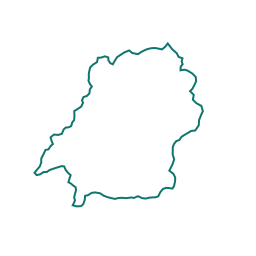 outline of Bonito de Santa Fé, Paraíba, Brazil, rotated 205°
{"feature_id": "56859067B84735993458743", "entity_name": "Bonito de Santa Fé", "entity_type": "district", "adm_level": 2, "iso_a3": "BRA", "parent_name": "Brazil", "parent_adm1": "Paraíba", "projection": "robinson", "projection_center": [-38.472, -7.289], "detail": "fine", "context": "isolated", "style": "outline", "palette": "teal", "viewbox_px": 256, "rotation_deg": 205, "n_neighbors": 0, "source": "geoboundaries", "source_scale": "gbopen_adm2", "svg_char_len": 1920}
<svg xmlns="http://www.w3.org/2000/svg" viewBox="0 0 256 256"><g transform="rotate(205 128 128)"><path d="M67.2,174.8L70.8,179.0L76.6,179.4L81.2,181.1L82.4,185.8L87.3,187.6L86.2,190.7L86.0,195.0L86.0,199.1L88.1,202.8L92.5,204.5L95.7,204.9L98.3,205.2L101.4,204.7L104.8,202.5L106.2,206.0L105.4,208.8L107.5,211.1L108.1,214.2L112.1,213.8L115.5,216.4L121.3,218.1L127.7,221.4L128.7,217.2L130.4,213.6L134.4,212.7L137.4,211.9L141.2,209.8L144.6,206.9L148.1,202.6L150.2,199.1L155.7,197.8L159.7,198.8L163.3,194.9L167.8,187.7L168.4,183.3L168.7,179.3L171.5,179.3L174.4,181.1L175.7,183.6L179.2,183.2L182.3,180.3L185.0,178.9L183.9,174.6L186.3,171.0L187.9,167.0L187.2,163.5L186.3,160.2L184.7,157.1L183.8,154.2L181.4,152.0L178.3,150.3L178.9,146.9L177.6,143.0L178.9,139.5L181.4,137.3L181.4,133.7L179.4,131.9L179.5,127.5L181.4,124.4L183.9,120.6L181.7,116.5L180.2,112.4L180.9,109.3L180.3,105.7L182.1,103.5L184.6,102.1L185.7,99.5L185.5,94.8L188.2,92.3L192.4,90.7L194.2,86.8L191.8,84.0L189.3,81.7L190.6,78.8L191.0,75.1L193.5,73.2L193.5,69.0L193.7,63.7L192.0,59.9L191.7,55.8L192.7,52.2L193.8,48.0L190.9,46.7L188.0,48.9L186.0,52.3L183.0,53.8L181.3,56.8L178.4,59.6L174.6,63.1L172.2,65.3L169.6,66.2L166.7,63.6L163.3,62.0L160.1,61.1L159.6,57.2L159.1,53.7L156.2,53.5L153.4,52.7L150.5,52.2L148.9,49.9L148.2,45.9L147.5,42.4L145.4,39.8L145.4,34.6L141.6,35.2L137.6,37.3L136.4,39.9L136.8,44.4L138.2,48.4L135.9,50.2L133.5,53.9L130.6,55.7L125.9,57.0L121.5,56.4L117.6,56.6L113.2,57.5L109.9,58.2L107.1,60.5L104.0,62.2L100.1,63.6L95.7,66.4L93.0,67.2L90.1,70.4L85.6,70.4L82.2,71.5L79.0,74.0L76.4,75.5L73.8,76.8L71.7,78.9L71.6,83.4L70.7,87.3L68.5,89.6L66.1,90.7L62.1,91.9L61.8,95.1L62.8,99.6L64.3,103.1L67.6,105.7L72.5,106.8L72.3,113.6L72.9,119.1L76.4,123.0L78.0,126.8L79.4,129.7L79.5,133.3L78.7,136.6L76.4,138.8L75.8,142.6L73.7,145.9L69.5,152.0L66.0,154.2L65.0,160.2L66.9,165.2L67.3,171.4L67.2,174.8Z" fill="none" stroke="#0f766e" stroke-width="2"/></g></svg>